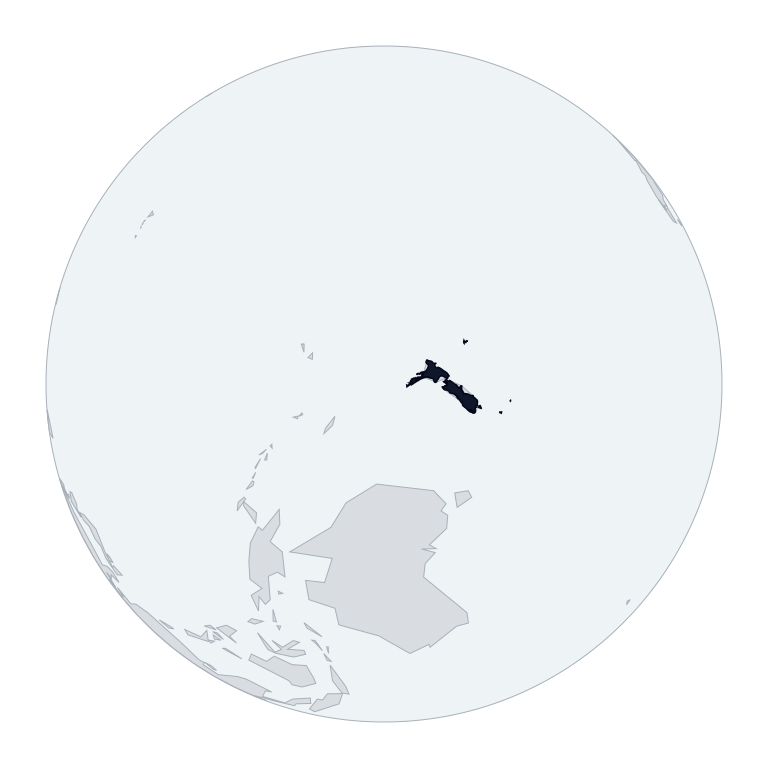 globe centered on New Zealand, rotated 271°
{"feature_id": "NZL", "entity_name": "New Zealand", "entity_type": "country or territory", "adm_level": 0, "iso_a3": "NZL", "parent_name": "Oceania", "parent_adm1": "", "projection": "orthographic", "projection_center": [173.207, -30.558], "detail": "fine", "context": "on_globe", "style": "filled", "palette": "ink", "viewbox_px": 768, "rotation_deg": 271, "n_neighbors": 0, "source": "natural_earth", "source_scale": "50m", "svg_char_len": 10868}
<svg xmlns="http://www.w3.org/2000/svg" viewBox="0 0 768 768"><g transform="rotate(271 384 384)"><circle cx="384" cy="384" r="338" fill="#eef3f6" stroke="#a8b0b8"/><path d="M422.4,300.6L422.8,303.1L422.3,303.4L422.4,300.6ZM671.9,207.1L668.1,201.0L668.0,200.8L671.9,207.1ZM473.9,58.3L473.8,58.2L457.7,54.7L467.4,56.5L473.9,58.3ZM591.8,650.4L590.0,651.0L577.7,659.4L573.5,659.8L565.2,664.7L567.6,662.5L567.3,661.4L563.6,663.0L576.0,653.2L592.1,643.5L596.9,641.8L600.4,638.1L611.9,631.9L611.6,631.1L631.5,613.7L636.8,608.3L615.3,630.4L591.8,650.4ZM549.1,150.5L546.9,145.0L552.7,149.5L549.1,150.5ZM542.6,141.0L544.0,143.0L542.2,141.2L542.6,141.0ZM539.3,139.3L541.7,140.6L539.1,139.7L539.3,139.3ZM535.0,137.8L537.3,138.4L537.1,138.6L535.0,137.8ZM528.0,133.9L526.1,132.8L528.1,132.8L528.0,133.9ZM551.5,670.6L573.1,655.0L562.7,663.3L564.8,664.5L550.1,673.7L551.5,670.6ZM553.7,674.6L550.7,677.2L547.2,679.2L548.5,677.9L553.7,674.6ZM352.3,47.6L349.5,47.9L352.5,47.7L346.6,49.0L323.9,54.1L329.0,50.7L338.3,49.2L352.3,47.6ZM272.2,65.1L275.4,64.0L274.9,64.6L250.2,76.4L198.2,105.6L196.9,110.4L191.5,115.8L181.0,122.5L188.5,114.5L184.9,114.8L190.7,109.9L176.3,119.2L184.1,112.6L169.1,124.0L166.2,127.5L176.0,120.9L159.7,134.8L159.6,139.7L150.9,152.2L121.8,185.8L105.1,203.8L102.3,209.1L100.2,208.1L90.5,223.3L88.9,242.8L86.5,251.4L74.1,277.0L75.1,270.8L69.5,268.0L63.4,290.5L67.4,298.2L68.7,315.8L63.3,316.4L62.7,301.7L60.8,300.1L64.9,281.1L70.3,259.6L65.2,272.2L68.8,262.3L78.4,239.9L89.5,218.2L102.2,197.4L116.4,177.6L132.0,158.9L148.8,141.3L166.9,125.0L186.1,110.1L206.4,96.5L227.6,84.5L249.5,74.0L272.2,65.1ZM167.5,630.4L171.0,630.8L172.7,633.9L167.5,630.4ZM113.6,333.3L120.2,331.2L120.2,332.8L113.6,333.3ZM106.5,332.1L113.5,328.4L105.8,336.0L106.5,332.1ZM116.3,327.1L123.5,320.3L126.6,316.3L126.4,319.6L116.3,327.1ZM102.0,335.0L80.7,351.2L73.3,354.4L74.2,347.5L86.3,337.8L102.0,335.0ZM73.7,348.0L63.4,344.6L55.1,320.4L57.9,315.2L67.8,322.9L67.0,328.2L73.2,332.8L73.7,348.0ZM101.8,297.1L101.1,311.2L88.6,318.9L83.4,321.0L79.6,307.3L81.7,297.3L85.7,294.1L105.6,253.7L111.7,256.1L104.6,271.4L109.9,279.0L101.8,297.1ZM116.9,230.3L106.7,246.7L117.0,226.9L116.9,230.3ZM124.9,213.6L123.9,219.0L121.9,215.4L124.9,213.6ZM99.1,216.6L94.6,221.6L96.1,217.9L102.7,209.4L99.1,216.6ZM144.2,163.4L138.4,173.8L135.5,178.1L136.3,173.2L144.2,163.4ZM379.1,445.0L388.6,449.7L383.5,461.7L373.4,473.6L357.4,476.0L379.1,445.0ZM272.2,473.7L261.9,459.3L276.3,456.6L278.8,470.0L272.2,473.7ZM386.8,436.6L391.0,424.2L383.0,406.9L394.0,423.2L408.7,426.6L392.9,449.3L386.8,436.6ZM191.6,427.0L156.9,470.9L146.5,472.6L143.1,460.8L121.6,434.7L124.4,433.5L115.0,414.6L132.1,383.2L142.4,343.1L158.9,338.9L167.1,312.7L186.3,309.0L184.4,328.0L208.7,335.3L214.5,292.7L239.8,333.5L264.5,348.1L283.8,378.4L278.2,435.4L265.3,448.2L258.1,443.2L253.9,450.0L240.7,449.2L224.0,432.2L220.3,439.0L219.7,424.5L216.3,438.2L205.1,428.3L191.6,427.0ZM333.4,324.8L338.9,326.4L350.8,335.5L341.7,333.3L333.4,324.8ZM409.1,307.5L413.9,312.1L407.4,311.9L409.1,307.5ZM422.3,303.4L414.4,303.4L422.4,300.6L422.3,303.4ZM350.1,299.3L353.7,302.4L351.9,303.3L350.1,299.3ZM347.7,298.2L349.3,293.9L350.4,298.5L347.7,298.2ZM317.8,273.3L320.1,271.2L321.8,272.9L317.8,273.3ZM130.2,326.5L138.5,311.3L144.0,308.2L130.2,326.5ZM312.8,268.6L305.8,268.1L306.1,265.9L312.8,268.6ZM312.2,263.4L310.9,260.2L316.6,267.6L312.2,263.4ZM298.1,256.4L307.2,261.9L297.3,257.0L298.1,256.4ZM293.5,257.2L287.5,254.9L287.7,253.9L293.5,257.2ZM235.6,265.0L256.8,281.4L241.9,282.3L224.4,272.9L214.4,285.2L189.4,288.4L194.0,280.7L189.7,271.7L166.3,274.0L161.6,269.2L169.2,262.8L154.9,262.5L170.3,254.9L177.5,265.5L186.6,253.3L204.1,252.0L222.5,253.1L239.0,260.7L235.6,265.0ZM172.1,282.6L175.0,281.8L172.9,286.4L172.1,282.6ZM276.1,248.0L284.8,254.1L284.1,255.7L280.0,254.8L276.1,248.0ZM242.5,258.1L259.6,245.9L264.0,245.8L253.0,258.8L242.5,258.1ZM254.6,239.4L263.3,240.3L268.4,246.0L266.7,247.7L254.6,239.4ZM140.4,281.2L140.1,284.9L136.4,283.6L140.4,281.2ZM145.1,277.3L156.8,276.9L144.2,280.6L145.1,277.3ZM114.0,279.5L116.8,286.1L125.7,276.4L119.0,287.2L125.9,297.8L124.2,304.0L117.1,292.2L116.2,308.6L112.4,310.4L109.4,298.4L112.8,280.7L116.6,272.4L133.1,261.8L114.0,279.5ZM144.6,267.3L141.7,259.1L144.1,252.1L147.1,255.8L144.6,267.3ZM134.8,240.9L129.1,234.0L122.4,241.0L137.3,220.9L140.1,230.6L134.8,240.9ZM132.2,221.7L125.8,227.9L133.4,217.0L132.2,221.7ZM125.0,225.4L125.9,219.0L130.1,217.6L125.0,225.4ZM135.2,220.5L138.9,208.6L139.8,214.2L135.2,220.5ZM128.0,205.3L134.6,211.1L123.4,212.9L129.8,192.4L135.1,189.1L128.0,205.3ZM200.5,116.3L203.0,112.4L209.6,109.5L206.0,112.9L200.5,116.3ZM233.7,98.6L212.3,107.5L195.5,116.1L197.6,116.7L188.3,125.5L188.5,120.6L204.9,109.0L216.5,104.0L224.2,97.8L236.4,91.8L243.0,85.7L250.2,82.1L247.8,86.4L233.7,98.6ZM245.4,83.4L261.3,73.4L271.0,71.9L269.7,73.8L258.3,78.8L253.8,79.2L245.4,83.4ZM268.0,70.8L263.8,71.4L278.4,63.2L283.9,61.3L278.0,65.4L273.7,66.4L268.4,69.1L268.0,70.8Z" fill="#d9dde1" stroke="#a8b0b8" stroke-width="1"/><path d="M383.6,446.9L384.1,446.9L386.4,445.2L387.3,444.8L387.5,444.8L387.3,445.2L387.0,445.3L387.1,445.7L386.9,446.0L386.9,446.4L386.6,446.8L387.1,446.6L387.2,446.3L387.1,446.2L387.3,445.8L387.6,445.7L387.5,445.2L388.1,445.3L388.5,445.2L388.5,445.4L388.9,445.4L388.4,446.2L387.7,446.7L388.1,446.7L389.2,445.9L389.2,446.4L388.6,447.1L388.0,447.4L387.8,447.7L387.9,448.2L388.2,448.5L387.9,449.1L388.2,449.1L388.7,449.6L388.4,450.2L387.4,451.5L387.0,451.8L387.0,452.3L386.8,452.6L385.5,454.0L384.6,455.9L384.1,456.7L383.4,457.2L382.6,457.5L381.9,458.3L381.5,458.4L381.5,458.5L382.0,458.8L381.8,459.1L381.2,459.3L381.1,459.5L381.8,459.4L382.0,459.5L382.3,460.4L383.4,460.7L383.6,461.4L383.5,461.7L383.4,461.8L382.8,461.9L382.3,461.8L382.1,461.5L381.0,461.7L380.9,461.6L381.3,461.3L380.9,461.0L380.5,461.3L380.5,461.6L380.4,461.8L380.1,461.8L379.0,460.9L379.6,462.0L377.4,463.3L376.5,463.4L376.4,463.8L376.2,464.1L375.7,464.1L376.0,464.3L375.7,465.6L375.6,467.0L375.4,467.9L374.8,467.9L375.4,468.2L375.3,468.6L374.6,469.6L374.4,470.5L373.7,472.3L373.7,472.5L374.1,472.9L374.0,473.3L372.6,473.8L372.2,474.1L371.7,475.1L370.6,476.1L369.7,477.3L368.4,477.8L367.4,477.9L366.0,477.5L365.2,477.8L364.8,477.7L364.5,477.8L364.2,477.5L364.3,477.2L364.2,476.9L363.6,476.5L362.2,476.6L361.5,475.6L360.9,475.4L360.7,475.4L360.4,475.9L360.2,476.0L359.1,476.1L358.0,476.0L357.6,475.9L357.5,475.5L358.3,474.4L357.5,475.0L357.2,475.0L357.5,474.5L357.4,474.1L357.0,474.5L356.5,474.6L356.4,474.2L356.5,473.8L356.5,473.7L357.8,473.4L358.3,473.3L358.5,473.0L357.7,473.0L357.6,472.7L358.4,472.0L357.3,472.1L357.3,471.7L357.4,471.4L358.0,471.3L357.8,471.1L357.8,470.8L358.6,471.2L359.0,471.3L358.8,471.0L358.8,470.8L359.2,470.6L358.4,470.2L358.3,469.7L358.7,469.2L359.0,469.5L359.3,469.4L358.9,468.9L359.0,468.7L359.8,467.9L360.1,468.6L360.1,468.2L360.1,467.6L360.5,467.4L361.3,466.5L361.8,466.9L361.6,466.5L361.5,466.0L363.5,463.5L363.9,463.2L364.7,462.8L365.3,462.9L366.4,462.1L366.9,462.4L366.7,461.8L366.8,461.6L368.2,460.6L368.9,460.4L369.3,460.1L369.6,460.1L369.6,459.7L369.9,459.6L369.7,459.5L370.3,459.0L371.2,457.9L371.5,457.8L371.9,458.0L371.8,457.7L371.5,457.6L372.2,457.2L372.8,457.5L372.5,457.2L372.4,457.0L373.0,456.7L373.3,457.1L373.4,456.5L374.3,455.3L374.5,455.5L374.5,456.2L374.6,455.1L375.2,454.0L375.8,453.8L375.5,453.4L375.9,451.6L376.4,449.9L376.7,449.7L377.5,449.5L378.4,448.4L378.7,447.8L379.1,446.4L379.2,445.0L379.8,443.9L381.5,442.5L382.3,442.3L382.8,442.5L381.9,442.6L381.8,443.3L382.0,443.9L383.0,444.4L383.3,445.0L383.4,446.3L383.6,446.9ZM384.3,409.8L384.4,410.1L385.2,409.3L385.1,409.8L385.3,409.9L386.4,410.2L386.6,410.5L386.8,410.6L387.1,410.3L388.3,411.0L388.4,411.7L388.5,412.0L388.8,412.0L389.4,411.6L390.4,413.6L390.2,414.1L390.6,414.8L389.7,414.7L389.7,414.9L391.6,417.9L391.3,419.0L391.6,419.7L391.4,419.9L391.3,420.6L391.1,420.8L391.2,421.0L391.7,421.2L391.9,421.4L392.1,421.2L392.7,421.5L393.9,422.0L394.1,422.9L394.2,423.2L395.0,423.2L394.8,421.2L394.8,420.2L394.3,419.4L394.4,419.1L394.7,418.9L395.7,420.6L396.1,420.5L396.1,420.9L396.4,421.3L396.6,421.8L397.0,424.6L397.6,425.2L397.6,425.5L397.3,425.4L397.2,425.5L397.5,425.9L398.4,426.1L400.6,427.4L402.4,428.0L402.9,428.1L403.7,427.9L404.2,427.6L405.1,426.5L406.4,425.6L407.6,425.8L408.8,426.6L408.1,428.1L407.6,430.9L407.3,431.5L406.4,432.3L405.9,432.5L405.5,434.2L405.7,434.9L405.5,435.5L405.3,435.4L404.9,434.7L403.7,434.4L402.7,434.6L401.7,435.2L401.1,436.0L401.0,437.1L401.1,437.4L401.7,437.8L400.4,440.6L399.7,441.4L399.3,442.2L398.2,443.5L397.6,444.7L396.3,446.6L395.0,447.7L393.3,448.9L392.9,448.7L392.7,447.7L392.2,447.6L391.4,447.8L391.4,446.9L391.5,446.7L391.4,446.6L391.2,446.6L391.1,446.8L391.2,447.0L390.9,447.2L390.5,447.2L390.3,447.0L392.1,444.4L392.8,443.1L393.2,441.2L392.8,440.2L392.1,439.2L391.3,438.7L390.2,438.4L389.2,437.4L387.3,436.6L386.8,436.1L386.5,435.5L386.6,434.8L386.9,434.4L388.0,433.8L389.5,433.4L390.2,432.7L390.4,432.4L390.7,430.3L391.0,429.1L391.4,428.4L391.6,428.0L391.4,427.2L391.6,426.9L392.0,426.7L391.1,424.6L391.3,423.9L391.0,423.9L390.5,422.5L390.6,422.4L390.8,422.5L391.2,423.2L391.2,422.8L391.5,422.6L392.1,422.5L391.4,421.6L390.6,421.9L390.0,421.6L389.6,420.3L388.7,419.0L388.9,418.9L389.7,419.6L389.9,419.1L389.9,418.7L389.4,418.3L389.4,418.0L389.6,417.7L389.1,417.0L389.1,417.5L388.0,416.8L387.4,415.5L387.4,416.2L388.6,418.0L388.5,418.3L388.2,418.4L388.0,418.2L387.5,417.1L385.0,413.4L385.3,412.9L385.8,412.5L386.0,412.0L385.8,412.0L385.4,412.3L384.8,413.1L384.5,412.8L384.3,412.2L384.1,412.1L383.6,411.4L383.9,410.9L383.9,410.3L383.1,409.0L381.6,407.0L383.2,406.8L382.8,407.4L383.8,409.0L383.9,409.3L384.3,409.8ZM363.6,479.3L363.6,479.5L363.2,479.5L363.6,479.9L363.7,480.0L364.0,480.0L364.1,480.5L363.9,480.7L363.2,480.8L362.8,481.2L362.3,481.2L361.9,481.6L361.3,481.7L361.3,481.3L361.7,481.0L361.7,480.4L362.1,480.3L362.0,479.9L362.2,479.6L362.1,479.0L362.1,478.5L362.8,478.4L363.6,479.3ZM429.0,463.2L428.8,463.3L428.5,463.3L428.0,463.8L428.1,463.4L428.0,463.2L427.5,463.3L427.8,463.5L427.5,463.7L427.7,464.3L427.9,464.3L428.1,464.7L428.1,464.9L427.6,465.0L427.3,465.2L426.9,465.1L426.9,464.7L427.4,464.0L427.3,463.7L427.0,463.5L426.1,463.4L426.5,463.1L426.9,463.1L427.4,462.9L429.0,463.2ZM358.0,501.5L358.1,502.0L357.5,501.9L357.2,501.6L357.1,501.9L356.8,501.8L356.9,501.6L357.4,501.1L357.4,500.3L357.9,500.2L358.1,500.4L357.9,500.7L358.0,501.1L357.8,501.3L358.0,501.5ZM395.0,417.2L395.1,418.1L394.8,418.0L394.6,417.8L394.2,417.4L394.1,416.9L394.4,416.6L394.5,416.6L395.0,417.2ZM387.2,444.5L386.6,444.8L386.7,444.1L387.4,443.6L387.4,444.0L387.2,444.5ZM357.4,472.8L357.4,473.2L356.6,473.1L356.7,472.8L357.2,472.6L357.4,472.8ZM369.5,510.5L369.8,510.8L369.4,510.9L369.1,510.7L369.5,510.5ZM358.2,470.0L358.4,470.7L358.0,470.6L357.8,470.4L358.2,470.0ZM428.5,466.5L428.3,466.5L428.4,466.0L428.7,466.0L428.8,466.2L428.5,466.5Z" fill="#0f172a" stroke="#020617" stroke-width="1.5"/></g></svg>